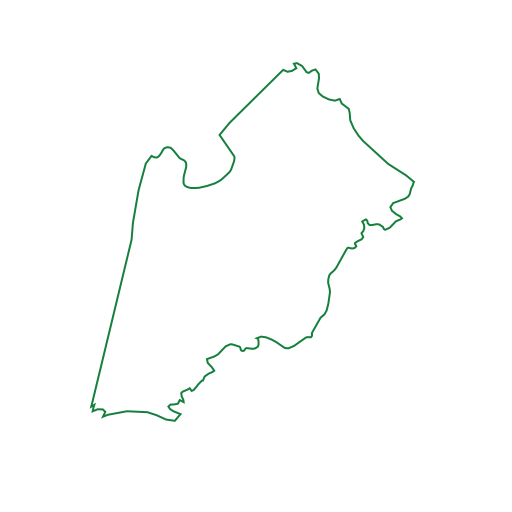 the County of Grand Gedeh, rotated 106°
{"feature_id": "LBR-793", "entity_name": "Grand Gedeh", "entity_type": "County", "adm_level": 1, "iso_a3": "LBR", "parent_name": "Liberia", "parent_adm1": "", "projection": "albers", "projection_center": [-8.193, 5.975], "detail": "fine", "context": "isolated", "style": "outline", "palette": "green", "viewbox_px": 512, "rotation_deg": 106, "n_neighbors": 0, "source": "natural_earth", "source_scale": "10m", "svg_char_len": 2819}
<svg xmlns="http://www.w3.org/2000/svg" viewBox="0 0 512 512"><g transform="rotate(106 256 256)"><path d="M141.4,124.7L145.6,124.9L148.1,125.5L154.1,125.3L157.0,126.1L159.9,128.6L167.3,138.7L172.0,140.3L175.1,137.7L177.1,133.0L178.2,128.3L179.5,126.1L181.0,127.2L184.0,131.0L191.9,135.2L195.2,139.0L194.8,140.5L193.0,142.1L191.7,146.3L192.1,148.7L194.4,153.3L194.9,155.3L193.7,157.6L191.4,158.8L190.5,160.4L193.5,163.4L196.2,160.8L199.3,159.6L202.4,159.7L205.0,160.9L208.3,158.1L210.9,159.1L213.3,161.9L216.0,164.3L217.2,164.2L218.1,163.0L219.1,162.3L221.0,163.3L222.2,165.3L222.5,167.4L222.5,169.1L222.9,170.2L225.2,171.0L244.7,175.5L247.7,176.6L250.4,178.2L252.1,179.4L254.3,180.2L258.3,180.1L261.8,179.3L267.4,176.1L270.4,174.9L282.1,173.3L288.9,173.1L293.3,174.1L297.4,176.9L313.6,180.8L315.0,181.0L316.1,180.5L317.3,180.2L318.8,180.7L319.2,181.6L319.9,184.5L320.8,185.7L332.0,194.7L335.9,199.5L336.5,203.0L333.2,212.7L332.0,218.1L331.4,223.8L332.1,228.9L334.8,232.5L334.9,231.3L337.4,230.0L340.5,229.1L342.8,229.3L345.2,231.5L346.2,233.9L347.1,239.6L347.9,240.6L349.2,241.0L350.5,241.6L351.1,243.2L350.6,244.6L348.3,245.9L347.7,247.0L347.5,254.2L347.8,256.1L351.1,260.2L361.0,265.4L364.1,268.4L368.6,274.7L372.1,272.9L375.0,267.9L377.8,264.5L379.5,265.9L382.2,269.1L385.9,272.1L390.4,272.7L390.8,273.7L396.0,276.5L396.7,276.6L402.1,279.0L403.4,280.7L401.4,283.3L403.3,285.0L406.7,289.2L408.5,290.1L411.4,288.7L414.5,286.1L416.4,285.3L415.5,289.6L419.4,290.3L421.2,293.6L422.4,297.2L424.8,298.7L426.7,296.7L428.0,292.6L428.8,285.0L436.8,288.6L438.0,297.3L436.4,308.1L436.1,317.4L440.8,337.2L444.1,343.9L449.5,354.7L452.7,358.8L447.4,357.9L445.7,360.9L446.9,365.8L450.3,370.2L445.3,370.5L443.7,370.4L446.2,372.8L274.6,380.1L258.3,383.4L225.2,387.0L197.4,387.4L188.6,384.0L189.1,381.3L189.1,380.3L188.9,379.3L188.6,378.4L187.7,377.5L186.4,376.6L182.9,375.4L178.9,374.5L177.9,373.9L176.9,372.9L175.8,370.8L175.6,369.5L175.5,368.3L175.8,367.2L176.3,366.2L177.4,364.3L182.6,356.9L183.0,356.0L183.3,355.1L183.7,352.4L183.9,351.5L184.4,350.6L185.0,349.7L185.7,349.0L186.7,348.5L187.6,348.2L189.5,347.7L190.6,347.6L198.8,347.4L200.9,347.1L205.1,346.0L206.1,345.6L206.9,345.0L207.6,344.2L208.1,343.4L208.4,342.5L208.6,341.6L208.7,338.9L208.5,337.1L207.5,333.4L206.1,329.5L202.2,322.4L197.4,315.4L193.9,311.8L191.0,309.6L183.2,304.9L181.3,304.1L179.0,303.7L170.9,303.2L168.5,303.5L166.7,304.0L165.9,304.7L149.7,324.4L135.3,318.1L69.6,281.2L70.2,276.5L68.2,272.5L64.4,269.0L60.7,272.5L59.3,269.8L60.7,264.0L65.4,258.0L65.4,255.7L62.4,253.3L60.3,250.2L63.5,245.9L67.9,244.4L78.1,243.2L82.1,240.6L84.3,235.7L85.4,229.1L84.9,222.9L82.0,218.8L85.8,215.6L89.0,207.4L92.6,205.4L99.6,202.8L106.3,197.3L112.0,190.7L116.0,184.6L131.1,154.2L137.1,134.0L141.2,124.6L141.4,124.7Z" fill="none" stroke="#15803d" stroke-width="2"/></g></svg>